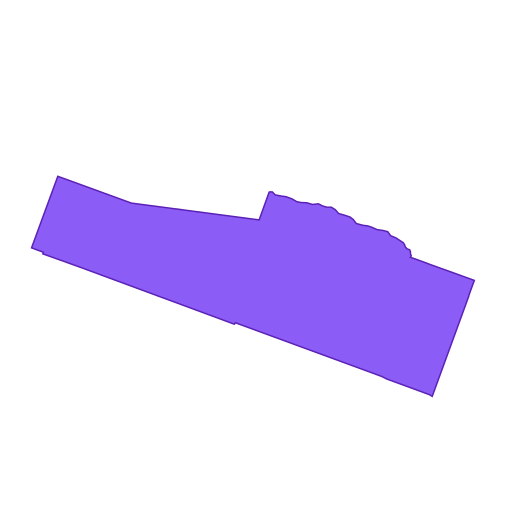 outline of Eureka, Nevada, United States of America, rotated 290°
{"feature_id": "52423323B8686536787653", "entity_name": "Eureka", "entity_type": "district", "adm_level": 2, "iso_a3": "USA", "parent_name": "United States of America", "parent_adm1": "Nevada", "projection": "mercator", "projection_center": [-115.994, 40.081], "detail": "fine", "context": "isolated", "style": "filled", "palette": "violet", "viewbox_px": 512, "rotation_deg": 290, "n_neighbors": 0, "source": "geoboundaries", "source_scale": "gbopen_adm2", "svg_char_len": 909}
<svg xmlns="http://www.w3.org/2000/svg" viewBox="0 0 512 512"><g transform="rotate(290 256 256)"><path d="M186.9,42.3L186.8,54.9L185.1,55.0L185.3,92.4L184.5,259.0L186.2,259.4L185.8,415.4L185.1,421.1L185.0,466.2L184.4,469.6L290.8,469.7L292.5,469.5L307.7,469.5L307.7,456.0L307.6,423.1L307.7,410.2L307.6,401.5L308.3,401.8L309.7,401.6L310.6,400.6L313.3,399.4L314.4,398.3L314.4,395.4L314.9,394.6L315.5,393.2L316.5,392.5L317.4,391.8L318.9,389.8L319.5,387.1L320.9,381.2L321.1,375.6L323.9,371.5L323.4,366.4L322.2,360.8L322.6,355.2L322.5,350.6L321.5,346.4L320.8,339.2L323.6,334.8L324.8,330.9L324.6,325.0L324.2,319.0L326.6,314.8L327.6,310.1L326.1,305.9L325.8,301.5L326.4,296.9L323.7,291.3L323.4,285.5L321.7,280.2L321.0,275.8L322.0,270.2L322.0,263.9L320.9,258.8L320.0,253.1L321.8,249.5L321.0,247.1L320.5,246.5L291.0,246.6L263.1,120.8L263.1,42.5L186.9,42.3Z" fill="#8b5cf6" stroke="#5b21b6" stroke-width="1.5"/></g></svg>